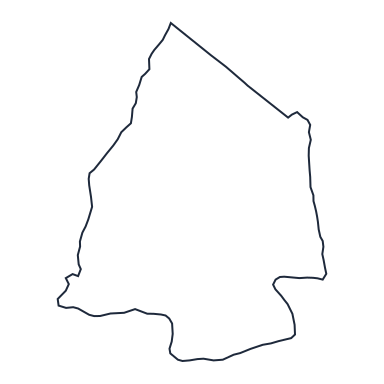 outline of Santa Mônica, Paraná, Brazil
{"feature_id": "56859067B36608698107987", "entity_name": "Santa Mônica", "entity_type": "district", "adm_level": 2, "iso_a3": "BRA", "parent_name": "Brazil", "parent_adm1": "Paraná", "projection": "robinson", "projection_center": [-53.11, -23.144], "detail": "fine", "context": "isolated", "style": "outline", "palette": "slate", "viewbox_px": 384, "rotation_deg": 0, "n_neighbors": 0, "source": "geoboundaries", "source_scale": "gbopen_adm2", "svg_char_len": 1617}
<svg xmlns="http://www.w3.org/2000/svg" viewBox="0 0 384 384"><path d="M170.8,23.0L168.5,29.0L165.0,35.3L162.8,39.8L158.7,44.8L154.4,49.8L151.7,53.7L149.0,59.0L149.4,69.2L145.1,73.9L141.7,76.9L139.2,85.0L136.2,92.0L136.8,97.1L135.8,103.2L132.6,108.6L131.9,117.0L130.9,123.3L126.4,127.3L121.3,132.2L117.7,139.3L113.2,145.6L106.9,153.3L101.4,160.4L94.1,169.5L89.6,173.2L88.7,178.8L89.2,185.3L91.0,196.9L92.1,206.8L88.3,219.4L85.6,226.5L82.4,232.6L79.9,241.5L80.1,246.5L77.8,255.1L78.7,264.4L80.8,269.1L78.1,276.1L72.6,274.1L65.8,278.1L68.8,284.1L65.8,290.7L57.7,299.0L58.6,305.6L66.1,307.9L73.2,307.2L78.1,308.5L89.2,314.8L94.2,316.1L100.1,316.0L110.5,313.5L124.1,312.8L135.1,309.1L147.2,313.7L153.5,313.8L161.0,314.5L165.6,315.5L169.2,318.5L172.1,323.5L172.7,333.9L171.7,341.6L169.5,348.7L170.3,353.4L177.9,359.7L182.5,361.0L189.6,360.4L197.4,359.1L203.5,358.7L213.6,360.4L222.8,359.7L233.7,354.7L240.1,353.1L250.5,348.9L262.7,344.8L270.9,343.4L278.7,341.1L291.2,338.1L295.0,334.5L294.6,324.8L292.4,313.8L287.6,304.1L284.4,300.1L281.3,295.9L275.4,289.3L273.1,284.6L275.6,279.6L279.9,277.0L284.2,276.7L299.4,278.1L307.1,277.6L313.0,277.8L317.5,278.3L322.7,279.6L326.3,273.8L325.0,267.7L323.6,260.0L322.3,254.1L323.4,246.8L322.7,241.0L320.3,236.8L318.7,229.5L317.9,221.8L317.1,216.6L316.1,211.3L314.8,205.8L313.5,201.1L313.4,195.3L310.5,187.1L310.2,177.0L309.6,170.1L309.2,163.8L308.7,155.7L308.9,148.0L310.8,139.8L308.9,132.2L310.2,124.9L307.5,119.9L302.8,117.3L297.1,112.1L291.9,114.6L288.1,117.6L247.6,85.6L244.4,82.6L239.8,78.7L226.0,66.8L211.0,55.3L170.8,23.0Z" fill="none" stroke="#1e293b" stroke-width="2"/></svg>